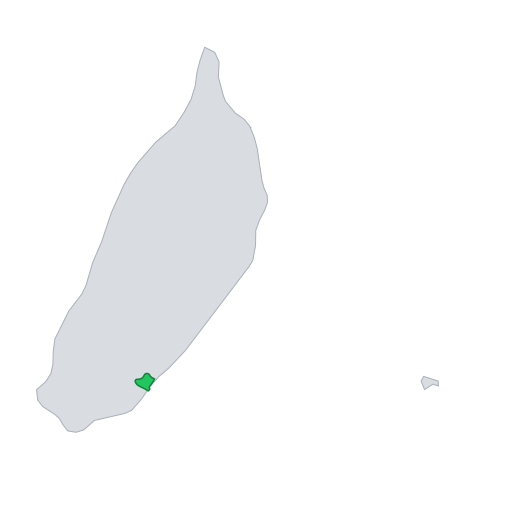 Hsinchu City on a map of Taiwan (Mercator projection), rotated 188°
{"feature_id": "TWN-1161", "entity_name": "Hsinchu City", "entity_type": "Provincial City", "adm_level": 1, "iso_a3": "TWN", "parent_name": "Taiwan", "parent_adm1": "", "projection": "mercator", "projection_center": [120.949, 24.782], "detail": "fine", "context": "in_parent", "style": "filled", "palette": "green", "viewbox_px": 512, "rotation_deg": 188, "n_neighbors": 0, "source": "natural_earth", "source_scale": "10m", "svg_char_len": 1366}
<svg xmlns="http://www.w3.org/2000/svg" viewBox="0 0 512 512"><g transform="rotate(188 256 256)"><path d="M354.3,373.6L347.5,387.5L342.1,402.1L339.9,415.9L340.0,430.1L338.5,442.9L335.8,455.6L325.2,451.9L319.5,442.9L318.2,428.0L310.5,409.9L307.6,404.8L296.5,394.7L286.5,389.6L278.7,382.2L279.7,382.8L274.0,372.8L269.6,362.1L260.6,331.6L257.5,324.3L253.3,317.6L252.1,310.9L253.5,303.5L257.4,292.5L259.8,281.3L257.9,266.1L258.6,251.1L261.5,244.4L312.9,152.4L326.8,132.8L335.4,123.1L342.6,112.3L349.4,98.5L357.7,85.8L363.7,82.0L393.2,70.6L402.4,59.8L409.7,56.4L418.1,56.6L423.5,61.8L428.3,67.9L433.3,71.2L446.3,77.2L452.1,83.0L454.7,93.0L446.7,102.4L442.8,110.9L442.0,120.3L443.5,133.0L443.6,145.7L433.7,175.6L423.1,194.2L420.2,203.4L416.9,226.3L410.7,249.3L405.4,278.3L396.7,308.2L391.7,320.7L385.6,332.6L370.9,355.1L354.3,373.6ZM70.5,147.2L75.2,155.2L73.2,160.1L58.2,157.5L57.3,152.7L63.0,153.6L70.5,147.2Z" fill="#d9dde1" stroke="#a8b0b8" stroke-width="1"/><path d="M339.4,120.1L339.9,118.4L342.2,113.7L343.1,112.5L343.4,111.8L343.4,111.1L343.1,110.4L342.6,109.4L343.3,108.2L344.0,107.4L347.4,108.9L353.7,110.9L355.9,112.1L357.5,113.7L358.3,115.2L357.9,116.7L356.9,117.3L354.8,117.7L352.4,118.7L350.9,120.4L350.0,122.8L349.0,124.1L348.9,124.2L347.0,124.6L345.2,123.9L344.0,122.3L342.3,121.2L339.4,120.1Z" fill="#22c55e" stroke="#15803d" stroke-width="1.5"/></g></svg>